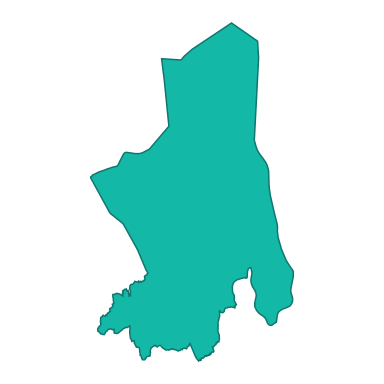 the district of Pak Phayun, Thailand
{"feature_id": "78962969B11812729202220", "entity_name": "Pak Phayun", "entity_type": "district", "adm_level": 2, "iso_a3": "THA", "parent_name": "Thailand", "parent_adm1": "", "projection": "equal_earth", "projection_center": [100.293, 7.38], "detail": "fine", "context": "isolated", "style": "filled", "palette": "teal", "viewbox_px": 384, "rotation_deg": 0, "n_neighbors": 0, "source": "geoboundaries", "source_scale": "gbopen_adm2", "svg_char_len": 6086}
<svg xmlns="http://www.w3.org/2000/svg" viewBox="0 0 384 384"><path d="M90.7,177.9L109.7,212.6L111.1,214.1L121.9,222.7L122.6,223.3L123.6,224.6L137.5,249.7L145.9,269.6L146.5,270.7L148.0,272.9L147.2,273.5L147.2,274.5L147.1,274.9L146.1,275.1L145.5,275.6L144.9,275.8L144.5,276.6L144.5,276.9L144.7,277.9L145.1,278.3L145.1,278.6L144.8,279.2L144.4,279.6L144.3,280.6L143.2,280.8L142.1,281.6L141.6,282.1L141.2,282.0L140.8,281.4L139.9,282.2L139.3,281.4L138.5,281.1L138.2,282.3L137.2,281.9L136.1,281.9L134.9,281.3L134.0,282.6L133.7,283.3L133.2,284.1L132.8,284.3L131.6,284.3L130.8,284.6L130.7,285.1L130.2,285.4L129.9,286.1L129.7,287.1L130.0,288.8L129.7,289.2L130.1,290.4L130.3,291.3L130.7,291.9L130.7,292.7L129.8,294.4L130.5,295.7L129.2,296.2L128.6,293.5L128.9,293.1L128.7,292.3L128.3,291.7L128.1,290.6L127.2,291.1L126.3,288.9L124.7,289.8L124.5,289.5L124.1,289.9L123.6,290.7L123.4,290.4L122.7,290.8L122.8,291.1L122.7,291.2L123.4,293.0L122.5,293.1L122.9,294.6L122.6,294.7L122.7,296.0L120.6,294.4L117.4,293.4L116.5,293.4L114.3,294.4L112.9,294.4L112.8,295.9L112.9,297.0L113.2,297.8L113.4,300.9L113.8,303.5L112.3,304.2L112.5,305.0L113.0,305.6L113.0,306.6L112.0,307.1L111.3,307.7L110.9,308.1L109.8,308.6L109.9,309.5L109.6,309.8L110.3,311.1L109.2,312.0L109.1,312.4L108.7,312.8L108.6,313.0L108.2,313.1L108.1,312.9L107.8,313.2L107.4,313.3L107.3,313.8L107.1,314.0L107.1,314.7L106.7,315.4L105.7,315.0L105.4,315.9L104.9,316.1L104.1,316.0L103.3,315.3L102.9,315.3L102.2,316.6L101.5,316.9L100.7,317.6L100.6,318.2L100.7,319.7L100.4,321.3L100.8,324.1L100.7,325.1L98.9,326.8L97.8,328.6L97.7,329.2L97.9,331.1L98.0,331.4L99.1,331.9L100.6,333.8L100.8,334.0L101.6,333.8L103.0,334.5L104.2,334.6L104.9,333.4L105.5,332.7L105.8,331.7L107.2,330.8L108.1,329.5L110.8,328.8L112.5,329.8L112.8,329.8L113.4,329.3L114.2,329.4L114.3,330.1L114.1,331.1L114.1,332.9L114.5,333.1L116.4,333.5L117.5,333.4L118.1,333.2L119.7,331.8L121.7,330.3L123.0,328.9L124.9,328.0L125.4,327.5L127.4,327.5L129.8,325.9L130.0,327.2L129.7,332.6L130.3,337.4L130.5,338.6L131.3,339.5L131.9,341.5L132.6,341.1L134.2,340.7L134.3,341.3L134.4,343.6L134.8,343.8L136.3,347.0L136.5,347.2L139.0,347.4L139.3,347.7L139.8,351.4L139.7,351.9L140.0,352.6L140.2,354.1L140.0,355.1L140.7,355.4L141.2,356.3L141.5,357.7L141.7,358.0L141.7,358.3L142.1,358.8L142.3,359.6L143.9,359.9L144.6,359.8L145.1,359.4L145.5,358.3L146.1,358.1L146.6,356.8L147.3,356.5L149.9,356.0L150.1,355.6L150.1,354.0L150.5,352.4L150.3,350.8L150.4,350.0L151.1,348.3L151.4,347.7L153.1,346.6L153.8,345.8L154.4,345.9L154.6,345.5L155.5,345.4L156.3,346.6L157.0,346.6L157.3,346.9L158.4,345.9L160.0,345.4L160.9,345.8L162.6,347.9L164.9,349.4L165.6,349.8L166.0,350.1L166.9,349.8L167.1,349.9L168.0,349.8L168.4,350.1L169.4,349.6L169.9,349.8L170.6,349.6L170.9,349.2L171.3,349.0L171.7,349.1L172.2,348.8L172.5,349.1L173.2,349.1L173.5,349.5L174.1,349.4L174.8,349.7L175.2,349.7L176.0,350.0L176.8,350.2L177.8,350.9L178.2,351.0L180.0,350.4L180.7,350.0L181.2,349.2L182.3,349.7L182.9,348.5L184.5,348.2L185.5,348.5L186.0,348.8L186.4,348.8L186.8,348.4L187.4,346.8L189.2,345.7L189.2,344.9L190.0,343.5L195.5,356.6L196.4,358.2L198.6,361.0L199.0,360.5L199.5,360.5L199.9,360.2L200.4,360.4L200.6,359.9L200.1,359.6L200.2,359.3L200.7,359.2L201.2,359.7L201.4,358.8L201.8,357.9L202.0,357.9L202.4,358.2L203.0,358.3L203.6,357.6L204.6,356.9L204.7,356.0L205.1,355.9L205.2,355.6L205.4,355.6L205.5,356.0L205.9,355.8L206.0,356.2L206.2,356.3L206.7,356.1L206.9,355.6L207.3,355.8L207.5,355.5L207.9,355.5L208.2,355.1L208.8,355.4L209.3,355.2L209.4,354.3L210.2,354.5L210.2,354.2L210.0,353.9L210.1,353.6L210.5,353.5L210.9,353.8L211.2,353.7L211.4,352.5L211.9,352.1L212.7,352.0L213.1,352.2L213.4,352.1L213.8,351.6L213.8,351.0L213.7,350.7L213.7,350.1L213.0,349.0L213.0,348.3L212.5,347.1L212.8,347.1L213.2,347.3L214.7,345.4L214.9,345.3L215.2,344.9L215.9,344.6L216.0,344.3L216.1,343.6L216.3,342.8L216.8,342.8L217.2,342.1L217.5,342.6L218.0,342.0L218.9,341.8L219.2,339.4L219.5,338.9L219.4,338.2L219.2,334.9L218.3,332.6L217.9,331.3L218.0,330.3L217.9,329.6L218.1,328.6L217.7,327.8L218.3,326.4L218.0,325.6L218.1,324.6L218.0,324.0L218.0,322.4L218.6,320.5L218.6,319.6L218.9,319.3L218.9,318.5L219.2,317.8L219.1,317.2L219.6,316.8L219.6,313.3L219.4,311.7L219.6,310.8L220.2,311.2L220.9,312.4L222.8,312.7L223.4,312.3L224.2,311.4L224.4,311.0L224.3,310.3L224.5,310.0L225.0,308.5L225.4,308.2L227.3,307.8L228.6,307.3L231.7,307.0L234.2,307.5L234.8,307.9L235.1,306.4L235.0,305.9L235.4,305.8L235.4,305.3L235.6,305.3L236.4,304.6L234.9,302.0L234.3,300.3L234.1,299.2L234.4,298.0L234.4,297.2L234.2,295.4L234.0,294.8L232.9,293.1L232.7,292.5L232.4,289.2L232.5,288.0L232.3,287.3L232.3,286.7L232.9,284.5L233.8,282.4L234.1,282.0L235.6,280.7L237.3,279.7L241.3,278.5L244.9,277.6L245.7,278.2L246.5,278.0L247.0,277.8L247.3,276.4L247.3,273.7L247.6,271.0L248.1,269.4L248.7,268.4L250.2,267.7L250.8,267.6L251.9,272.5L251.9,274.1L251.1,278.0L250.9,280.0L251.1,282.4L251.5,284.0L252.5,286.7L254.0,289.0L255.2,291.2L256.0,293.4L256.2,294.7L256.2,296.3L254.8,302.7L254.7,305.9L255.0,307.1L256.2,309.7L257.2,311.2L259.1,313.4L260.9,314.7L263.1,316.1L264.9,317.8L265.9,319.3L267.5,323.0L268.3,324.2L269.5,325.1L270.9,325.4L271.5,325.3L272.2,325.0L274.6,323.2L276.4,322.2L277.3,315.2L277.8,313.4L278.6,312.1L280.3,310.5L282.7,309.1L286.6,307.6L289.6,306.2L290.5,305.4L291.5,303.9L292.2,302.5L292.6,300.9L292.6,298.4L292.1,296.1L291.2,293.6L290.8,291.6L290.8,290.4L291.1,287.4L292.8,279.1L293.2,276.6L293.3,272.5L293.2,271.4L292.9,270.6L288.5,264.2L286.1,260.2L281.5,249.3L278.1,237.4L277.4,231.6L277.5,226.7L277.3,224.7L274.2,212.3L270.2,194.9L269.4,189.1L269.0,184.4L268.6,170.7L268.1,168.5L267.1,165.3L265.8,162.5L262.7,158.0L260.0,154.6L257.3,150.1L256.1,146.7L254.3,140.2L258.6,58.1L257.6,41.2L231.5,23.0L192.1,49.3L184.4,56.0L181.0,60.0L161.6,58.7L164.2,79.4L168.9,126.2L149.4,149.1L142.4,152.8L139.5,153.6L135.2,153.6L127.0,152.4L125.7,152.4L125.2,152.6L124.2,153.2L123.3,154.5L120.6,159.7L117.6,165.9L115.6,166.5L112.0,167.4L108.2,168.7L106.5,169.2L105.1,169.9L99.1,171.9L92.5,175.1L92.2,175.4L92.2,175.9L90.7,176.9L90.9,177.6L90.7,177.9Z" fill="#14b8a6" stroke="#0f766e" stroke-width="1.5"/></svg>